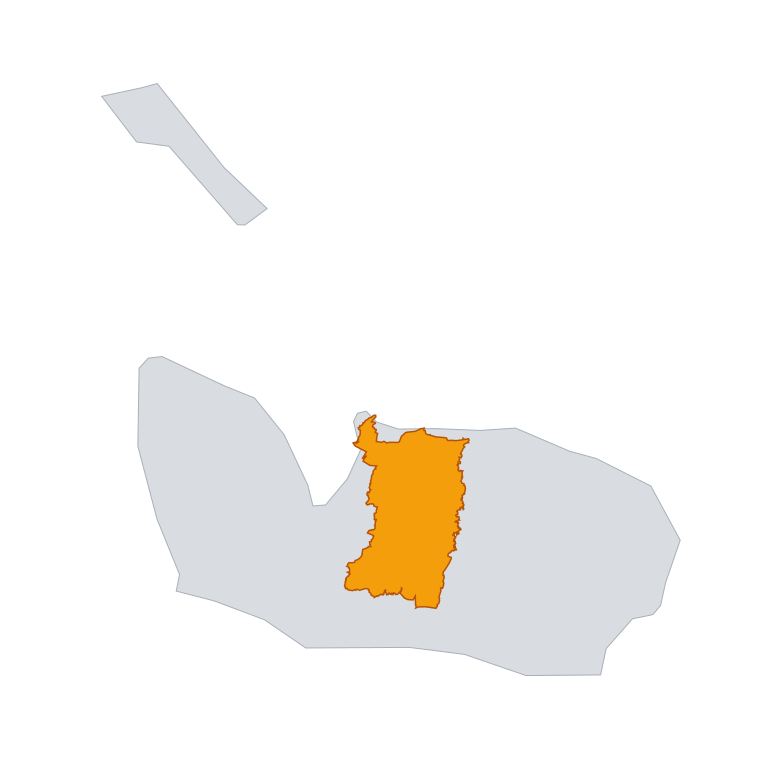 Ramallah & Al Bireh, West Bank, Palestine (highlighted), rotated 96°
{"feature_id": "87354302B37341560226836", "entity_name": "Ramallah & Al Bireh", "entity_type": "district", "adm_level": 2, "iso_a3": "PSE", "parent_name": "Palestine", "parent_adm1": "West Bank", "projection": "orthographic", "projection_center": [35.194, 31.945], "detail": "fine", "context": "in_parent", "style": "filled", "palette": "amber", "viewbox_px": 768, "rotation_deg": 96, "n_neighbors": 0, "source": "geoboundaries", "source_scale": "gbopen_adm2", "svg_char_len": 6829}
<svg xmlns="http://www.w3.org/2000/svg" viewBox="0 0 768 768"><g transform="rotate(96 384 384)"><path d="M650.7,138.2L659.1,212.3L644.5,275.7L643.3,331.2L654.7,434.3L631.0,478.2L617.5,530.0L611.7,569.0L594.9,567.4L541.9,595.7L471.5,622.3L393.9,629.2L382.9,621.2L379.9,607.7L402.7,542.1L411.5,511.2L445.0,477.9L492.6,449.2L512.7,441.9L510.4,429.5L482.1,410.5L452.6,400.5L424.5,410.4L415.8,407.3L412.9,398.9L422.7,387.1L427.3,365.1L423.0,328.2L420.1,283.3L414.1,248.6L431.5,192.2L435.9,165.3L457.6,107.9L508.5,73.1L552.3,83.2L575.4,85.8L585.2,92.5L591.6,112.4L624.0,135.4L650.7,138.2ZM221.8,518.6L240.4,539.0L240.9,546.5L170.1,622.6L169.1,655.4L127.4,694.9L114.5,655.3L108.9,641.0L185.4,565.8L221.8,518.6Z" fill="#d9dde1" stroke="#a8b0b8" stroke-width="1"/><path d="M601.6,308.8L600.9,308.7L599.6,307.7L598.1,308.1L596.7,306.7L593.7,306.1L592.5,306.5L591.2,306.3L590.1,307.1L583.7,305.8L581.1,306.4L580.8,305.8L581.1,304.5L578.5,303.8L575.2,303.8L574.3,304.7L570.0,303.9L568.1,304.4L568.2,305.2L567.5,305.4L564.4,305.3L562.6,304.0L555.0,300.3L550.2,298.8L549.2,299.2L549.3,300.3L548.4,302.5L546.3,302.4L544.9,301.2L545.0,300.8L544.5,300.6L543.9,299.6L542.6,299.2L542.3,298.2L542.7,297.3L542.2,296.6L541.9,296.8L541.4,296.3L541.4,294.7L541.1,294.6L539.8,295.7L538.4,296.1L539.8,297.0L539.4,297.3L539.0,297.0L538.8,297.5L537.3,297.2L537.2,297.8L535.6,296.7L535.7,296.3L535.0,296.1L534.7,296.7L533.3,296.6L532.6,297.1L533.1,297.4L533.3,298.2L531.3,298.3L531.2,297.6L530.4,297.6L529.2,296.7L528.6,296.7L529.3,297.2L526.4,298.7L527.0,299.6L526.3,299.5L525.7,298.5L524.6,298.9L524.7,297.3L524.2,296.8L526.3,295.7L525.8,295.3L524.8,295.9L525.6,295.0L525.2,294.1L523.9,295.3L524.1,294.4L523.4,294.7L523.4,294.3L522.7,294.5L521.4,293.9L521.1,293.6L521.3,293.1L520.7,292.3L519.7,292.8L520.3,293.3L519.9,293.6L519.3,295.3L518.7,295.0L519.3,293.9L518.7,294.8L518.4,294.5L518.0,294.9L518.3,295.5L517.9,295.9L517.3,295.5L516.6,296.0L515.2,296.0L515.0,295.4L514.2,295.4L514.4,296.2L513.4,296.7L513.4,297.3L514.0,297.2L513.8,298.8L512.9,298.3L512.6,297.7L513.1,296.8L512.8,296.3L511.6,296.2L511.4,294.7L510.7,295.4L509.5,295.1L508.3,295.6L508.4,296.5L508.0,296.5L507.8,297.2L508.5,297.8L507.2,298.9L506.2,298.4L505.7,297.0L503.7,297.3L503.2,297.6L503.2,298.3L502.7,298.2L501.6,297.1L501.0,294.8L500.1,295.4L499.8,295.0L499.1,295.2L499.0,294.0L498.6,294.1L498.4,293.6L497.8,293.3L500.5,292.1L499.8,291.6L499.3,291.9L499.9,291.9L497.0,292.8L496.6,292.0L495.7,292.4L495.5,292.1L494.0,292.9L494.2,293.4L493.1,293.3L492.1,293.7L491.6,295.0L491.1,295.4L489.7,295.0L490.6,294.4L489.1,294.1L489.4,293.8L486.7,294.7L486.4,294.0L485.7,293.9L485.4,293.3L484.6,293.2L484.9,292.5L479.4,292.1L476.9,292.8L476.4,294.0L475.6,293.8L474.9,294.0L474.3,296.2L472.6,297.3L468.5,296.1L468.4,296.7L468.1,296.3L467.0,296.9L465.9,296.3L466.1,296.5L465.2,296.9L463.7,297.1L462.4,296.6L462.9,298.0L462.5,298.2L462.1,297.9L462.0,298.9L463.0,300.0L461.9,301.3L461.1,301.6L460.7,300.8L458.2,301.4L456.9,302.9L456.3,302.3L455.3,302.2L456.4,301.7L455.5,301.4L455.2,300.0L454.7,299.7L453.4,299.9L453.1,301.5L450.8,300.9L448.9,301.6L449.3,299.7L447.5,298.9L445.6,299.6L445.6,300.4L445.0,300.5L443.0,299.9L441.9,299.0L440.5,299.0L438.1,297.2L437.4,298.3L436.1,298.4L434.5,296.6L433.4,293.7L432.7,294.3L430.8,293.5L429.6,294.4L430.8,297.8L429.7,299.7L431.1,299.4L431.3,300.0L432.6,305.3L433.0,307.9L432.7,309.0L433.1,310.1L432.9,311.8L433.3,312.4L433.5,314.5L432.7,315.4L431.2,316.1L431.0,318.1L431.2,326.7L430.1,332.7L429.5,332.9L430.0,334.2L429.6,336.3L428.7,337.4L426.0,338.1L426.0,339.5L424.9,339.7L423.7,339.4L424.6,342.5L427.8,348.0L429.6,356.3L430.3,357.7L434.3,361.2L439.8,362.7L440.6,363.9L441.5,372.6L442.3,375.3L441.0,378.1L442.3,380.5L441.9,384.8L442.1,385.6L436.4,385.6L433.8,385.2L433.4,386.9L432.8,387.8L431.4,387.0L430.1,387.0L429.9,388.5L428.7,389.0L428.6,390.0L428.1,390.0L427.7,391.0L425.6,390.6L424.1,388.5L423.3,388.8L422.8,390.3L423.0,392.5L421.2,391.6L417.7,388.7L416.0,389.0L416.0,390.2L416.7,391.6L418.0,392.4L419.4,395.4L420.2,395.8L422.5,398.8L424.4,399.4L424.7,400.8L425.8,400.5L426.1,401.1L427.8,401.9L427.8,403.5L429.0,404.0L429.6,403.6L430.4,405.1L431.5,404.5L432.4,403.2L432.3,402.8L437.0,402.4L439.6,403.7L442.1,403.7L442.2,404.2L443.2,404.6L444.2,403.2L444.5,403.4L443.8,404.6L444.6,404.8L444.9,404.2L445.2,404.4L444.6,405.5L445.7,405.7L445.3,406.0L445.2,407.3L445.9,408.6L448.7,406.1L453.3,394.4L459.3,397.3L458.2,394.6L456.8,394.4L457.7,394.2L458.6,394.6L459.7,395.4L460.6,396.8L461.3,396.2L463.0,396.7L466.4,389.5L466.4,382.8L467.2,383.6L469.1,383.4L468.8,384.0L472.0,385.7L475.0,385.7L475.6,386.4L477.0,386.9L478.5,386.5L481.8,387.2L484.2,386.8L484.3,387.3L485.2,387.3L485.2,387.6L486.2,387.2L488.4,387.9L490.0,387.2L490.5,386.1L492.1,387.1L493.4,387.2L493.0,387.9L493.1,388.7L493.8,388.5L494.3,389.5L494.8,389.5L496.1,389.1L496.1,388.8L496.5,389.0L497.1,387.9L498.0,387.8L499.5,386.7L502.3,387.9L504.3,389.5L505.6,388.7L505.7,387.5L506.3,388.0L504.7,385.2L504.4,382.4L504.8,381.8L506.4,381.3L507.2,378.5L506.9,377.9L507.4,377.8L510.9,378.5L512.5,378.1L513.2,378.7L513.7,380.1L514.7,380.2L515.1,379.7L516.3,380.0L516.9,379.5L519.5,379.5L519.6,377.7L520.6,378.5L521.4,378.3L521.2,377.8L523.1,378.2L524.3,378.0L525.5,378.5L525.5,378.2L527.0,377.9L528.9,378.0L529.8,378.7L530.2,379.4L530.0,380.5L531.0,381.7L530.6,383.1L530.9,382.8L531.6,383.4L531.6,383.9L533.9,384.9L535.7,378.8L536.1,378.5L537.0,378.8L537.2,378.5L539.4,379.2L540.2,380.3L542.0,380.0L542.5,381.9L545.1,381.3L545.1,380.8L547.1,380.2L547.2,382.6L548.4,383.0L550.8,387.8L555.2,388.1L555.7,387.8L558.7,389.0L561.2,391.5L562.6,394.2L564.4,394.6L565.2,397.2L565.2,399.1L565.7,400.5L567.0,401.2L568.4,401.3L569.2,402.0L569.8,400.0L570.5,400.1L570.5,399.5L571.7,398.9L573.7,398.6L574.7,399.6L575.0,400.6L575.6,399.4L575.5,398.3L576.4,398.0L576.8,398.1L576.9,398.7L578.7,399.1L579.0,400.0L581.2,401.6L581.9,401.1L582.7,401.7L583.7,401.3L584.7,402.0L585.5,401.6L588.8,402.2L589.5,401.3L590.5,401.4L591.1,401.0L591.0,400.4L591.6,400.3L591.2,399.3L592.6,398.0L592.8,393.5L591.7,392.0L592.2,390.5L591.1,389.9L591.1,388.7L591.7,386.8L589.4,381.2L589.4,378.8L590.1,377.5L590.8,377.8L591.6,377.0L592.6,377.0L593.7,375.3L595.5,374.6L596.2,371.8L597.4,371.4L595.5,368.9L595.8,368.1L595.4,367.8L595.5,367.5L593.7,365.6L593.9,365.2L593.2,364.2L593.9,363.3L593.8,362.7L593.2,362.1L591.8,362.4L591.3,361.8L590.0,361.9L588.1,360.8L590.5,360.9L593.3,359.2L592.8,358.8L593.0,358.1L592.2,357.8L592.2,357.1L591.4,357.0L592.4,355.5L591.4,354.5L592.3,354.2L591.3,353.1L592.0,352.9L590.7,352.3L591.5,350.8L592.1,350.5L591.9,349.1L590.9,347.7L587.0,345.1L585.0,345.4L585.2,344.8L587.0,345.0L590.2,346.1L594.6,341.5L595.9,337.9L595.7,332.5L591.7,330.7L600.0,329.6L600.4,329.1L601.6,329.2L602.6,328.6L603.4,328.9L602.1,326.5L601.2,319.4L601.6,308.8Z" fill="#f59e0b" stroke="#b45309" stroke-width="1.5"/></g></svg>